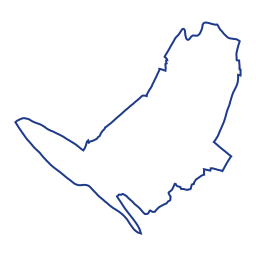 Tra On, Vĩnh Long, Vietnam (Natural Earth projection)
{"feature_id": "81297802B90328181900706", "entity_name": "Tra On", "entity_type": "district", "adm_level": 2, "iso_a3": "VNM", "parent_name": "Vietnam", "parent_adm1": "Vĩnh Long", "projection": "natural_earth1", "projection_center": [106.002, 9.988], "detail": "fine", "context": "isolated", "style": "outline", "palette": "blue", "viewbox_px": 256, "rotation_deg": 0, "n_neighbors": 0, "source": "geoboundaries", "source_scale": "gbopen_adm2", "svg_char_len": 5781}
<svg xmlns="http://www.w3.org/2000/svg" viewBox="0 0 256 256"><path d="M15.4,122.2L19.3,128.3L21.2,131.1L25.4,137.1L26.9,139.1L31.7,144.5L32.9,146.1L35.0,148.3L39.6,152.6L40.4,153.6L42.5,156.2L46.6,160.7L48.8,162.8L50.7,164.9L54.5,168.0L60.3,172.3L67.0,177.9L69.4,179.6L72.6,182.2L74.6,183.7L76.0,184.4L77.9,185.0L79.2,185.2L80.7,185.2L83.7,184.9L85.2,184.9L87.0,185.2L89.0,186.0L90.9,187.8L92.3,189.4L96.8,194.0L97.1,194.5L98.4,195.8L100.7,197.8L102.5,199.2L105.6,202.0L106.6,202.7L109.2,205.0L112.8,207.8L116.6,210.1L117.4,210.7L118.9,211.6L120.7,213.0L122.2,214.2L123.3,215.3L124.6,216.5L126.0,218.2L126.6,218.8L127.7,220.3L129.0,222.5L130.3,224.4L132.8,227.9L133.9,229.3L136.0,231.2L137.9,232.5L140.9,233.4L139.8,229.7L138.1,226.3L135.8,222.7L135.0,221.7L133.1,219.0L130.4,215.6L125.2,208.9L123.1,205.7L120.7,202.0L118.3,198.5L117.0,196.4L118.2,195.4L118.7,194.8L119.0,194.6L119.4,194.6L120.0,194.6L120.6,194.7L121.2,194.8L121.5,194.7L122.2,194.1L122.3,194.1L122.5,194.0L123.4,194.2L124.7,195.0L126.4,196.0L127.2,196.8L127.6,197.3L129.0,198.6L132.5,201.7L133.3,202.6L134.6,204.0L136.0,205.1L137.1,206.1L138.3,207.0L140.3,209.0L142.9,212.1L144.7,213.9L145.6,214.1L146.5,213.9L147.3,213.9L147.7,213.7L148.2,213.3L148.8,212.4L149.4,211.1L149.6,210.7L149.8,210.6L150.6,210.6L151.5,211.3L152.5,211.8L153.1,211.9L154.2,211.9L154.7,211.9L155.1,211.4L156.6,209.6L159.0,207.2L160.5,206.3L165.1,203.9L166.2,203.6L166.7,203.2L167.7,201.8L168.1,201.4L168.8,201.0L169.7,200.6L170.1,200.2L170.4,199.8L170.5,199.0L170.3,198.3L170.6,197.2L170.6,196.9L170.5,196.4L169.9,195.8L169.3,194.5L168.9,193.8L168.6,193.2L168.6,192.7L168.9,192.2L170.1,191.4L171.5,190.2L172.3,189.2L172.9,188.1L174.2,185.0L174.6,184.3L174.7,183.9L175.4,183.9L175.6,183.9L175.8,184.1L176.3,185.2L176.7,185.7L177.2,186.1L177.7,186.3L178.6,186.5L179.0,186.6L179.3,186.8L180.2,187.0L180.5,187.1L180.6,187.4L180.7,188.0L180.8,188.6L181.1,188.9L181.3,189.0L183.3,189.0L184.0,189.1L186.1,189.7L186.9,189.8L188.0,189.8L188.7,189.4L189.1,189.3L189.6,189.3L190.2,189.2L190.5,189.0L190.7,188.8L190.9,188.2L191.2,186.7L191.6,185.4L191.8,184.7L192.1,184.4L192.4,184.2L192.8,184.1L193.7,184.1L193.9,183.9L194.0,183.8L194.1,182.4L194.3,182.1L195.3,180.6L195.9,179.6L196.5,179.1L198.0,178.2L199.8,176.9L201.4,175.7L202.3,175.3L203.6,174.8L204.1,174.7L203.9,171.6L204.2,171.2L203.9,169.2L210.3,170.6L210.7,168.8L210.7,168.3L212.6,168.3L212.9,168.4L218.5,170.0L220.2,170.3L221.0,170.5L222.0,170.9L222.4,171.1L225.0,166.4L225.9,164.7L226.3,163.9L229.2,159.2L231.1,156.3L232.0,157.0L229.0,154.6L225.1,151.4L219.6,147.0L216.0,143.8L213.8,142.0L214.5,141.2L215.9,139.1L217.6,136.4L218.2,135.2L218.8,133.8L219.2,132.7L222.3,125.6L223.8,122.1L224.4,120.3L225.0,118.6L226.9,111.6L227.5,109.7L229.2,105.4L229.5,104.5L230.4,101.1L231.0,99.1L231.4,97.7L232.5,94.3L233.5,91.9L234.0,90.9L235.3,88.4L235.8,87.4L236.9,84.9L237.6,82.5L237.9,81.1L237.9,80.4L238.1,78.5L238.1,76.8L238.1,74.8L239.7,75.2L240.5,75.5L240.6,74.3L240.5,72.2L240.6,69.8L240.6,69.6L240.3,69.5L239.6,69.4L239.4,67.6L239.6,67.5L239.6,67.3L239.6,66.5L239.4,64.3L239.1,60.5L239.0,60.4L237.4,60.4L237.1,60.4L236.8,60.2L236.7,60.0L236.6,59.8L236.6,57.2L236.4,54.9L236.5,52.8L236.6,52.5L236.9,51.3L237.7,47.9L238.3,45.6L239.1,43.2L239.7,41.2L237.3,39.6L236.5,39.3L235.1,39.1L232.9,38.8L231.0,38.5L229.3,38.2L228.9,38.1L228.0,37.6L226.1,36.0L224.5,34.4L223.8,33.7L221.9,31.3L220.4,29.8L219.6,28.7L218.2,26.0L217.7,25.2L217.1,24.5L216.5,24.7L215.7,24.7L214.4,24.5L212.4,24.1L209.4,23.2L206.7,22.6L205.3,22.6L204.7,22.7L204.1,23.0L203.6,23.3L203.1,24.0L202.9,24.2L202.6,24.9L202.3,27.1L202.1,28.2L201.3,30.5L200.3,32.6L199.8,33.6L199.1,34.3L198.5,34.9L197.7,35.5L196.7,35.7L196.1,35.7L195.1,35.7L193.5,35.4L193.0,35.5L192.6,35.6L191.7,36.2L190.7,37.3L189.9,38.4L189.3,39.1L188.8,39.5L188.2,39.8L187.7,39.8L187.2,39.6L186.9,39.3L186.4,38.7L185.9,37.3L185.3,34.7L185.0,31.1L184.5,29.7L184.2,29.3L183.8,29.0L183.5,28.9L183.0,28.9L182.7,29.0L181.9,29.6L181.6,30.0L181.0,31.1L179.9,32.6L179.5,33.4L178.6,34.7L176.1,37.2L175.6,37.8L175.0,38.6L174.3,40.0L173.3,41.8L171.9,44.2L170.4,46.7L169.6,48.3L167.6,51.7L165.4,55.3L164.6,56.8L164.9,57.1L166.2,58.2L166.8,58.9L167.0,59.5L167.2,60.1L166.8,60.1L166.5,60.2L166.3,60.3L166.1,60.8L166.1,61.2L166.5,63.1L166.6,63.4L166.3,63.5L165.7,63.7L165.5,63.8L165.4,64.0L165.4,64.5L165.5,65.6L165.7,68.5L165.4,70.7L162.8,69.8L162.0,69.5L159.6,68.8L159.4,68.8L159.5,69.3L159.5,69.7L159.4,70.0L158.9,71.0L158.6,71.7L157.4,74.1L156.4,76.5L155.9,77.4L153.6,82.2L152.3,84.7L152.0,85.7L151.3,86.9L150.8,87.9L149.3,90.0L148.9,90.9L148.5,91.5L147.6,93.1L147.0,94.3L146.8,95.3L146.7,96.1L146.1,95.9L145.8,95.7L145.3,95.7L142.8,95.6L142.4,95.7L141.4,96.5L139.4,98.5L137.4,100.2L136.3,101.0L135.4,101.8L134.8,102.3L132.8,104.1L129.4,106.8L128.4,107.8L125.1,110.5L120.1,115.0L116.9,117.7L114.1,120.3L110.7,123.3L109.1,124.5L106.5,126.6L105.9,127.0L105.7,127.0L105.4,127.2L105.1,127.5L104.9,128.3L104.7,128.7L103.4,130.1L102.6,130.9L101.5,132.4L100.9,133.2L100.6,133.9L100.0,135.4L99.8,135.9L99.3,136.3L98.7,136.7L98.0,137.2L97.6,137.9L97.1,138.4L96.5,139.0L95.5,139.4L94.2,140.2L93.0,140.6L92.2,141.0L90.0,141.5L89.8,141.6L88.8,142.8L88.7,142.8L88.6,142.6L88.5,142.0L88.1,140.5L87.2,141.4L86.9,141.7L86.8,142.2L85.8,145.7L85.1,147.4L84.9,148.0L84.2,149.0L83.3,150.4L82.2,149.6L81.2,148.9L79.5,147.5L77.2,145.6L76.0,144.7L73.7,143.1L72.9,142.7L72.2,142.2L70.6,141.3L69.4,140.5L66.9,139.1L64.5,137.5L63.2,136.6L58.1,134.0L57.1,133.6L54.2,132.1L52.8,131.4L50.8,130.7L48.7,129.7L46.2,128.2L45.2,127.3L43.8,126.4L41.1,124.8L39.2,124.0L37.2,123.3L36.1,122.9L34.2,122.2L33.1,121.7L30.9,120.5L29.6,119.6L28.5,119.1L26.6,118.6L25.2,118.3L24.2,118.2L23.2,118.2L22.4,118.4L21.4,118.7L19.2,119.7L17.9,120.3L16.8,121.0L15.4,122.2Z" fill="none" stroke="#1e3a8a" stroke-width="2"/></svg>